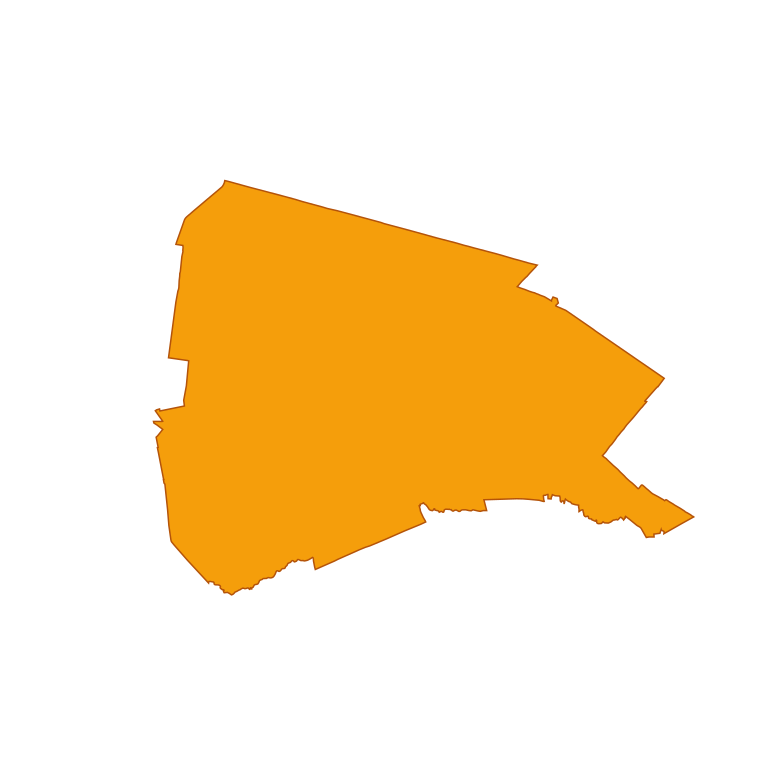 Baicoi, Prahova, Romania (orthographic projection), rotated 156°
{"feature_id": "2599482B49235084431710", "entity_name": "Baicoi", "entity_type": "district", "adm_level": 2, "iso_a3": "ROU", "parent_name": "Romania", "parent_adm1": "Prahova", "projection": "orthographic", "projection_center": [25.87, 45.034], "detail": "fine", "context": "isolated", "style": "filled", "palette": "amber", "viewbox_px": 768, "rotation_deg": 156, "n_neighbors": 0, "source": "geoboundaries", "source_scale": "gbopen_adm2", "svg_char_len": 6123}
<svg xmlns="http://www.w3.org/2000/svg" viewBox="0 0 768 768"><g transform="rotate(156 384 384)"><path d="M446.7,634.6L448.0,632.8L449.8,631.2L451.5,630.1L453.4,629.5L486.8,619.8L496.1,617.0L497.6,616.4L498.5,615.9L499.6,615.0L516.4,597.3L517.3,596.2L511.4,592.4L512.0,590.5L513.5,587.8L513.6,587.2L514.0,586.5L516.8,582.7L524.3,569.6L525.6,568.0L526.9,565.4L529.1,561.7L532.1,555.7L533.1,554.2L534.5,552.7L540.8,543.5L570.2,495.6L554.0,485.4L553.0,484.6L565.3,462.7L573.6,450.6L575.3,445.1L599.7,450.5L599.2,452.5L602.3,452.9L603.8,452.6L601.3,440.0L601.8,440.0L609.8,443.6L610.1,441.9L608.0,438.8L604.6,432.5L612.0,428.7L613.8,428.1L616.1,417.9L616.9,418.1L618.0,413.0L623.9,387.6L624.0,386.7L624.0,386.3L624.4,386.4L625.2,383.2L625.2,382.5L624.9,381.8L625.0,381.3L632.8,357.3L638.1,342.2L642.1,328.2L642.3,326.9L642.2,325.9L641.2,322.2L635.3,303.1L625.2,273.5L624.5,274.6L624.1,274.7L623.2,274.4L620.3,272.4L620.1,272.1L620.1,271.6L620.5,270.4L620.3,269.7L619.8,269.2L617.8,268.2L616.8,267.6L616.1,266.9L615.9,266.6L615.7,265.7L616.4,264.9L616.5,264.1L616.5,263.6L615.9,263.1L615.7,262.3L615.5,262.0L614.5,261.4L614.1,261.0L614.1,260.6L614.2,260.4L614.9,260.3L615.0,258.4L614.9,258.3L611.8,257.3L610.5,255.7L609.2,253.5L608.9,253.3L607.2,253.4L606.3,253.7L604.6,254.5L602.9,254.4L600.6,254.7L599.2,254.6L598.2,254.8L596.4,255.0L595.3,254.5L594.5,253.7L593.4,253.3L591.4,253.1L591.0,252.8L590.8,252.3L590.4,251.1L590.2,251.0L589.7,251.3L589.2,252.0L588.7,252.1L588.6,251.9L588.8,251.1L588.7,250.8L588.3,250.6L588.1,250.6L588.0,251.2L587.7,251.5L586.2,251.6L584.3,253.1L583.6,253.2L581.4,252.7L580.5,252.7L579.3,253.5L577.9,254.8L577.5,255.0L576.6,255.2L574.9,255.0L573.5,255.4L570.5,254.2L568.6,254.3L566.7,253.1L565.9,252.8L564.2,252.6L562.5,253.3L560.5,254.8L558.8,256.5L557.9,256.9L557.2,256.7L556.4,255.7L555.9,255.4L555.4,255.3L554.1,255.7L553.0,256.4L552.1,256.6L551.6,256.6L550.6,256.1L549.6,256.0L548.9,256.4L548.2,257.2L546.9,257.5L546.3,257.8L544.9,259.1L544.2,259.2L542.0,259.1L539.9,260.0L539.1,259.7L538.9,259.5L538.7,259.3L538.3,258.0L537.8,257.8L536.0,257.8L534.4,258.7L534.0,258.7L533.2,258.1L531.8,256.5L529.5,255.5L529.0,254.9L528.2,254.6L526.3,254.2L525.2,254.1L522.2,254.3L519.9,254.7L519.5,254.3L519.6,253.1L520.4,251.0L521.8,245.0L522.2,242.5L501.3,242.4L497.4,242.6L473.9,242.6L467.4,242.4L462.9,241.9L445.0,241.5L424.7,241.4L407.5,240.9L402.0,241.0L402.0,242.4L402.4,246.0L402.5,251.6L402.4,253.1L401.9,255.0L401.4,258.4L401.0,258.3L400.6,258.1L400.3,258.1L400.2,258.4L400.2,259.1L399.9,259.4L397.5,259.2L396.4,259.5L396.1,259.3L396.0,258.2L394.9,256.6L394.5,255.1L394.2,254.1L393.8,251.4L393.5,250.5L392.6,249.5L391.3,248.6L390.5,248.7L389.2,249.6L388.7,249.5L388.5,249.3L388.9,248.5L388.8,248.2L387.6,247.2L386.3,246.3L385.7,245.2L385.7,244.4L383.6,244.4L383.1,244.0L382.4,242.9L381.8,242.7L381.3,242.9L380.2,244.4L378.9,244.6L377.6,244.1L376.0,243.2L375.3,243.1L374.5,242.1L373.7,241.9L373.4,240.7L373.1,240.2L372.6,239.8L372.1,239.7L370.9,239.9L369.6,239.6L369.1,239.3L367.5,237.2L367.2,237.0L366.2,236.8L365.1,237.2L363.7,237.2L360.3,235.7L359.7,235.2L357.7,233.7L355.9,232.7L353.9,232.9L349.7,229.7L347.8,228.5L344.8,228.0L341.7,226.6L339.8,237.6L309.4,225.2L303.7,222.5L298.5,219.7L289.6,214.7L286.2,211.9L285.4,211.6L285.1,213.3L283.9,217.1L283.4,217.3L281.8,216.7L280.0,216.7L279.2,216.4L280.8,212.5L278.1,211.0L277.0,212.7L276.3,213.1L275.2,214.4L273.1,212.3L269.1,210.2L269.3,208.6L270.5,205.5L270.3,204.4L270.1,204.0L269.7,204.1L268.9,204.7L268.2,204.6L267.9,204.4L267.8,204.1L267.7,203.3L267.8,202.4L268.1,201.7L267.9,201.6L267.4,202.1L266.1,204.0L265.1,205.1L264.5,203.8L263.1,201.6L261.7,200.3L261.4,199.6L261.2,198.5L260.8,198.0L258.4,196.0L255.5,194.1L256.3,192.4L256.7,190.4L257.8,188.1L257.4,188.1L255.7,188.6L253.9,188.4L253.6,188.2L253.6,187.8L254.1,186.0L254.1,185.1L254.6,183.4L254.7,182.8L254.4,181.5L253.7,180.7L252.0,180.5L251.5,180.3L251.3,179.9L251.6,178.5L251.6,178.1L251.5,177.8L250.5,176.9L249.3,176.3L249.4,175.5L246.8,172.7L246.4,172.6L246.1,172.6L245.7,173.3L245.3,173.2L245.3,172.7L245.8,171.7L246.0,170.8L245.9,170.2L245.7,169.9L245.1,169.3L244.3,168.9L242.3,168.2L240.7,168.6L240.5,168.8L240.0,169.0L239.6,168.6L239.3,167.8L239.1,167.5L236.0,165.9L235.5,165.7L232.8,165.7L229.9,166.4L228.4,165.9L226.8,165.8L226.3,165.0L225.8,164.8L225.2,164.9L222.6,166.0L221.9,166.0L221.4,165.3L221.2,164.9L221.0,164.1L220.5,163.2L220.4,162.3L219.4,162.8L218.9,163.3L218.1,163.4L218.0,163.6L218.0,164.3L217.1,164.8L214.4,159.8L210.6,152.2L210.1,151.4L208.6,149.4L208.1,148.4L207.8,147.5L206.8,137.1L204.3,136.5L199.5,134.4L198.5,137.1L192.7,135.4L190.0,138.3L190.1,137.7L188.3,135.6L188.3,134.9L189.2,133.4L167.8,135.5L155.1,136.6L155.4,137.2L156.1,137.9L157.1,139.8L159.3,142.9L160.4,144.2L160.8,144.7L161.1,145.6L163.9,149.9L167.9,155.4L168.5,156.5L171.4,160.6L172.9,163.1L173.5,163.6L175.1,163.3L175.8,164.6L179.6,169.8L183.2,174.4L184.0,175.8L185.8,179.8L186.8,181.8L188.0,184.5L189.0,186.5L189.6,186.9L190.1,186.9L193.7,185.0L194.1,184.9L194.6,185.2L195.9,188.7L197.6,192.6L199.1,195.4L200.3,198.1L201.2,200.3L201.8,202.2L204.1,207.8L205.1,210.8L207.9,216.8L210.8,223.8L211.3,225.3L212.9,228.1L213.6,229.7L209.1,231.7L203.3,235.2L200.1,236.5L195.6,239.0L192.1,241.2L191.0,241.6L186.8,243.8L183.1,245.4L181.6,246.4L178.7,248.0L170.0,251.9L159.4,257.2L157.3,258.0L154.6,259.4L152.3,260.4L151.2,261.1L152.7,262.2L152.6,262.4L137.8,269.2L135.0,270.3L134.8,270.1L125.7,275.2L169.1,346.1L170.5,348.7L187.7,376.9L188.2,377.6L190.5,380.1L195.2,385.2L195.2,385.6L195.1,385.9L191.8,387.1L191.1,391.7L194.2,394.7L197.2,392.2L197.3,391.9L201.9,398.4L205.3,401.7L206.6,403.2L208.1,404.6L209.3,406.0L211.1,407.4L213.5,409.6L216.8,413.0L220.2,416.1L222.7,418.7L216.4,421.7L211.2,423.7L209.7,424.1L206.1,425.8L197.5,429.4L197.3,429.7L195.7,430.3L202.7,435.7L210.7,442.4L214.7,445.6L223.8,453.4L229.1,457.8L246.7,471.9L250.9,475.4L254.5,478.2L260.0,482.9L277.2,496.6L295.6,511.8L318.7,530.5L321.2,532.9L330.3,540.3L356.2,561.3L364.4,567.4L368.2,570.7L384.3,583.8L389.8,588.6L400.0,596.9L426.3,618.0L444.3,632.8L446.7,634.6Z" fill="#f59e0b" stroke="#b45309" stroke-width="1.5"/></g></svg>